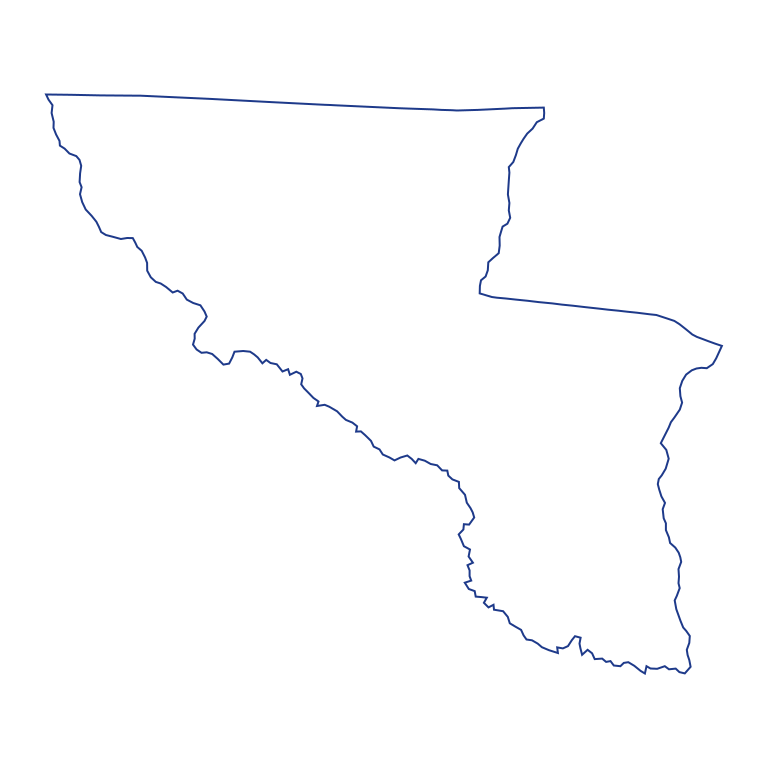 Glória D'Oeste, Mato Grosso, Brazil
{"feature_id": "56859067B39077637769127", "entity_name": "Glória D'Oeste", "entity_type": "district", "adm_level": 2, "iso_a3": "BRA", "parent_name": "Brazil", "parent_adm1": "Mato Grosso", "projection": "orthographic", "projection_center": [-58.306, -15.871], "detail": "fine", "context": "isolated", "style": "outline", "palette": "blue", "viewbox_px": 768, "rotation_deg": 0, "n_neighbors": 0, "source": "geoboundaries", "source_scale": "gbopen_adm2", "svg_char_len": 3817}
<svg xmlns="http://www.w3.org/2000/svg" viewBox="0 0 768 768"><path d="M721.9,345.9L715.0,343.6L708.1,341.1L703.1,339.2L696.9,336.9L692.3,334.5L686.1,329.4L679.5,324.2L674.3,320.9L666.8,318.4L656.4,315.0L649.8,314.3L636.9,312.7L627.1,311.7L618.4,310.7L608.2,309.7L599.6,308.7L585.8,307.2L572.8,305.7L561.8,304.6L552.3,303.4L538.7,302.1L527.9,300.8L516.0,299.6L505.9,298.5L496.9,297.7L491.8,297.0L479.7,293.4L479.9,285.9L481.0,280.3L485.6,276.5L487.8,270.3L488.3,262.3L492.8,258.2L498.7,253.2L499.7,245.6L499.5,237.0L500.9,232.2L502.6,226.6L507.4,223.7L510.2,217.8L508.8,210.4L509.4,203.0L507.9,194.4L508.4,186.8L508.8,180.8L509.4,172.6L508.8,167.1L513.3,162.0L515.9,155.1L517.8,148.7L520.8,143.3L523.5,138.9L527.2,133.6L532.6,128.6L536.8,122.2L543.8,118.6L544.2,113.0L543.8,107.6L512.3,108.2L505.6,108.6L478.0,109.9L456.9,110.5L452.0,110.2L441.4,109.9L433.0,109.4L409.3,108.6L398.4,108.2L335.7,105.3L330.2,105.0L324.6,104.8L272.9,102.2L210.3,98.9L140.8,95.7L100.9,95.4L70.9,94.8L46.1,94.5L48.5,99.6L52.5,105.2L51.6,113.0L53.7,121.7L53.5,127.9L56.1,134.5L59.5,140.9L59.9,145.6L64.6,148.6L69.4,153.5L76.3,156.1L79.5,159.9L81.2,165.8L80.1,173.3L79.6,182.1L81.6,187.2L80.0,194.2L82.2,202.1L85.7,209.5L91.7,215.9L96.4,221.8L98.9,226.8L101.2,232.1L105.9,235.0L112.5,236.7L120.9,239.0L127.1,238.0L132.8,238.1L135.3,242.7L137.3,247.0L141.7,250.8L145.1,257.5L147.1,262.9L147.2,270.7L150.8,277.3L155.8,281.9L160.7,283.5L166.1,287.0L172.7,292.5L177.6,290.7L182.7,293.5L186.8,299.6L193.2,303.0L200.4,305.3L204.5,311.5L206.7,316.6L204.5,321.0L198.4,327.6L194.6,333.8L194.7,338.7L193.0,344.6L196.6,349.5L201.5,352.8L206.7,352.3L212.2,354.0L217.7,358.9L223.4,364.6L229.1,363.6L232.3,357.4L234.5,351.7L243.2,351.0L250.1,351.7L254.0,354.3L257.7,357.4L262.4,363.3L266.2,359.9L270.5,363.0L276.8,364.3L282.5,371.5L288.1,369.2L289.9,374.8L296.3,371.7L300.8,374.0L302.5,378.4L301.2,384.3L304.1,388.4L307.7,392.0L313.4,397.9L318.5,401.5L317.0,406.0L324.7,404.8L329.2,406.7L337.1,411.3L342.3,416.7L345.9,419.9L352.4,422.6L357.1,426.3L356.1,431.6L360.9,431.4L365.2,435.2L371.0,440.9L373.7,446.6L379.5,449.4L382.8,454.5L389.5,457.5L394.5,460.4L400.6,457.5L407.3,455.5L411.7,458.9L415.7,463.2L418.4,458.9L424.8,460.7L430.7,464.0L437.2,465.3L442.1,470.4L447.3,470.6L448.3,475.6L452.4,479.4L458.9,481.9L459.2,488.1L465.0,494.8L466.8,502.7L470.5,508.1L472.7,512.4L474.2,517.5L469.1,524.6L463.9,524.2L463.4,529.5L458.7,534.4L460.9,539.0L463.9,546.2L470.0,549.5L468.6,556.5L472.9,562.7L467.5,565.2L469.6,570.4L469.6,576.2L471.2,580.6L464.8,582.7L468.8,589.0L474.7,591.1L475.7,596.6L481.6,597.1L486.8,597.7L483.9,602.8L488.5,607.4L493.5,604.8L494.0,609.7L503.1,611.2L507.8,616.9L509.8,623.3L515.5,626.7L521.1,629.9L523.6,635.4L526.5,639.5L532.0,640.3L537.7,643.6L541.9,647.2L549.0,650.2L557.9,653.0L557.2,647.4L562.9,648.4L568.0,646.1L571.8,640.2L575.0,636.2L580.6,637.7L579.5,643.6L580.4,648.2L582.1,654.8L587.6,649.8L592.1,653.3L594.7,659.1L602.2,658.6L606.1,661.9L610.5,661.1L613.8,665.5L620.4,666.2L623.8,662.9L628.3,662.2L634.3,665.8L640.6,670.9L644.9,673.5L646.5,666.2L650.5,668.5L657.2,668.8L664.8,666.2L669.0,669.3L675.7,668.6L679.4,672.1L684.8,673.4L690.6,666.8L689.3,660.1L687.6,655.0L686.8,649.8L689.3,642.9L689.8,636.0L686.2,630.9L683.2,627.5L680.4,620.6L678.0,613.9L676.3,609.2L674.7,600.4L676.8,595.9L679.7,588.1L678.5,583.2L679.0,576.8L678.5,569.1L681.2,561.9L680.3,557.3L678.7,552.7L675.3,547.6L670.1,543.0L668.9,537.3L665.9,530.1L665.9,523.3L663.7,518.3L662.7,509.2L665.0,502.9L661.4,496.4L659.2,489.5L657.8,484.1L658.8,479.0L661.7,475.4L665.7,468.7L668.7,458.7L666.3,449.9L660.8,443.2L668.7,427.6L670.9,422.2L674.4,417.5L679.8,409.6L682.1,402.6L680.4,396.2L679.8,388.2L682.3,380.8L686.1,374.6L691.8,370.3L696.5,368.5L701.4,367.8L706.8,368.2L712.8,364.1L716.2,358.3L721.9,345.9Z" fill="none" stroke="#1e3a8a" stroke-width="2"/></svg>